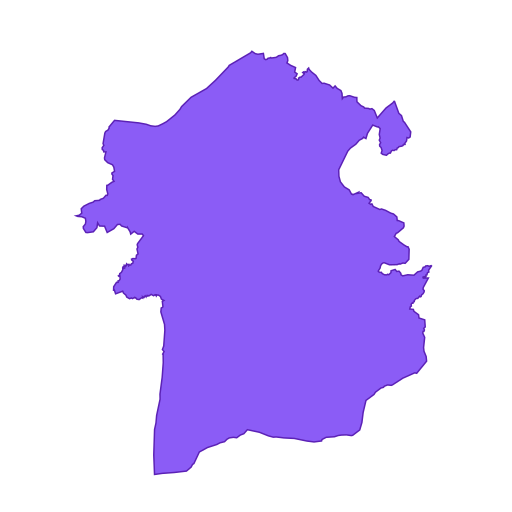 Eidsberg nor, Østfold, Norway, rotated 82°
{"feature_id": "86288312B32613923772103", "entity_name": "Eidsberg nor", "entity_type": "district", "adm_level": 2, "iso_a3": "NOR", "parent_name": "Norway", "parent_adm1": "Østfold", "projection": "mercator", "projection_center": [11.349, 59.529], "detail": "fine", "context": "isolated", "style": "filled", "palette": "violet", "viewbox_px": 512, "rotation_deg": 82, "n_neighbors": 0, "source": "geoboundaries", "source_scale": "gbopen_adm2", "svg_char_len": 6056}
<svg xmlns="http://www.w3.org/2000/svg" viewBox="0 0 512 512"><g transform="rotate(82 256 256)"><path d="M52.7,231.6L54.0,233.0L63.5,256.0L65.0,257.2L76.4,271.7L83.3,281.7L89.8,298.2L97.7,308.9L100.2,310.9L105.1,316.7L110.5,325.8L112.0,329.7L113.6,334.7L113.6,337.8L112.4,342.2L110.3,346.3L107.9,353.5L102.0,377.2L107.8,383.6L108.9,383.6L110.7,385.1L111.8,387.6L113.3,388.6L123.4,391.8L125.3,391.3L127.4,393.3L129.2,393.4L130.2,392.3L131.7,392.3L132.0,390.1L137.8,392.4L139.6,392.4L142.9,389.9L145.7,385.4L148.3,384.4L152.5,384.3L153.7,387.1L154.8,387.3L156.5,386.4L160.1,387.4L162.3,386.2L162.9,388.4L165.3,393.0L165.3,393.9L169.4,394.6L173.8,394.1L175.3,394.8L175.0,396.1L177.6,399.1L178.3,402.4L179.1,403.1L178.8,408.0L180.0,409.8L180.7,413.8L182.7,419.6L184.9,422.5L189.3,422.6L191.0,425.3L191.2,428.4L192.0,427.0L192.9,423.0L194.9,419.7L198.1,419.7L200.6,420.5L202.9,423.0L204.7,423.1L209.0,421.2L209.4,419.7L209.4,413.7L205.8,409.6L201.1,408.2L204.5,406.8L205.4,401.8L212.0,400.1L209.2,393.0L205.5,388.8L205.7,386.2L207.6,384.9L210.2,379.4L209.9,379.3L214.4,377.3L216.9,377.0L214.6,373.2L217.8,370.0L218.4,365.6L220.2,364.6L227.2,371.5L228.3,372.1L230.9,371.8L232.5,372.9L237.5,372.5L238.6,374.3L241.6,375.1L241.9,375.6L241.4,378.3L241.8,379.7L242.9,379.5L244.1,378.2L246.1,379.1L246.3,380.4L247.5,381.3L247.3,382.3L247.9,383.3L246.6,383.1L246.6,384.5L245.8,385.2L247.2,385.6L247.0,386.9L247.7,386.2L248.5,386.7L248.7,387.8L248.2,387.3L248.4,387.7L247.7,388.4L248.4,389.3L249.2,389.6L249.7,389.0L249.6,389.7L251.0,389.8L253.5,391.6L254.5,393.4L255.7,393.6L256.5,395.0L257.0,394.6L256.6,393.6L259.8,393.7L261.3,394.9L261.5,396.1L262.9,396.2L262.7,397.8L266.6,401.2L270.0,401.8L270.0,401.0L273.9,400.3L272.3,392.9L274.2,392.4L276.6,390.3L278.7,389.7L280.7,387.1L280.2,385.3L281.0,384.2L280.1,382.0L280.7,381.6L280.5,381.0L282.2,380.0L282.9,377.8L281.7,375.6L281.4,374.7L281.8,374.2L281.0,374.1L281.4,373.9L281.5,373.3L281.0,372.9L281.4,372.6L280.0,371.3L281.1,370.6L280.5,370.4L280.6,368.8L280.0,368.9L280.5,367.2L279.4,365.2L281.1,362.9L280.3,361.4L281.1,360.7L280.4,360.7L280.5,360.1L281.5,360.1L280.8,359.4L281.2,358.0L282.7,356.3L285.5,355.7L287.2,353.4L287.9,355.1L293.0,355.2L293.8,355.6L294.3,357.1L298.1,358.0L311.0,356.1L316.9,356.6L332.3,359.9L335.6,361.7L337.8,360.3L340.2,362.1L340.5,361.9L340.1,361.6L348.8,362.7L363.1,365.8L379.4,370.3L384.4,370.9L400.1,376.6L407.5,378.3L413.7,380.6L438.7,384.9L458.2,386.9L458.2,379.1L459.0,367.2L459.3,354.8L456.0,349.6L453.6,347.9L452.9,346.4L442.2,339.4L438.9,330.7L437.2,321.0L436.0,317.7L435.5,313.0L433.4,310.2L432.4,307.7L432.4,303.6L433.3,300.4L431.1,296.4L430.3,292.8L426.8,288.7L431.0,277.2L435.8,268.8L437.8,264.1L438.0,261.2L440.0,253.7L442.0,243.4L446.3,231.4L448.2,224.4L448.3,216.8L446.9,216.2L445.3,211.7L445.9,203.4L445.2,199.6L445.2,196.4L445.7,191.4L447.1,186.6L447.0,185.2L442.7,177.5L435.6,174.3L425.9,171.7L414.3,167.2L409.5,158.4L407.5,156.7L404.1,150.6L403.8,148.1L402.8,147.0L402.0,143.7L402.9,140.0L402.6,138.8L397.4,127.6L393.8,115.1L394.5,113.2L383.9,101.7L379.2,101.5L373.7,102.9L370.0,102.8L360.1,100.3L355.5,101.6L353.9,101.0L354.0,100.2L352.7,99.5L351.0,100.0L349.8,98.3L342.7,97.8L340.1,103.2L336.8,103.2L332.8,107.3L330.8,107.6L329.9,111.1L327.8,110.3L327.2,109.1L325.4,109.1L324.5,108.3L324.6,107.2L323.9,107.2L323.2,105.6L322.2,105.5L320.8,104.0L320.4,103.2L320.5,101.7L318.6,99.6L319.3,99.0L319.1,98.2L317.4,97.3L316.6,95.8L314.9,94.5L313.8,94.2L312.1,95.2L310.4,94.7L301.8,88.4L301.2,93.4L300.2,93.6L299.8,92.3L300.2,90.9L300.0,90.5L298.6,90.5L298.5,89.4L296.3,88.5L296.0,87.1L294.0,87.0L290.3,83.6L289.9,83.9L290.3,86.0L289.5,87.3L289.5,89.4L290.3,90.0L290.5,92.0L293.2,93.7L293.9,95.2L294.2,98.1L297.0,102.3L295.7,108.3L296.1,113.5L294.7,115.1L293.3,115.0L290.9,116.5L290.9,118.8L288.7,120.1L289.4,124.3L291.3,124.7L293.0,127.1L292.4,128.3L292.9,129.1L292.5,131.4L290.9,133.5L289.6,134.1L289.5,135.6L288.6,136.8L288.0,137.1L285.2,134.8L283.0,134.0L281.4,132.7L280.5,131.0L280.5,130.0L283.3,125.0L284.2,117.4L283.6,115.1L284.1,114.6L283.4,111.5L284.0,109.3L280.6,105.1L270.6,103.4L268.0,104.2L267.8,105.3L265.7,107.9L261.5,112.3L259.9,112.8L256.0,116.3L253.0,114.0L252.7,112.6L248.6,106.1L247.0,105.2L243.8,105.0L240.8,109.9L240.5,111.2L236.9,111.1L233.5,114.0L232.3,116.6L228.8,121.4L226.9,125.2L227.2,126.9L223.3,133.0L220.5,134.0L220.9,135.1L219.5,136.7L217.2,134.3L216.4,134.3L216.0,135.6L213.6,136.8L211.9,140.5L208.0,143.1L208.1,146.7L207.2,145.9L208.8,151.4L208.3,151.6L208.1,152.8L203.5,154.5L199.9,158.9L194.3,162.1L188.6,162.8L182.1,162.1L164.9,150.5L162.3,147.5L159.2,141.6L155.7,137.6L154.4,134.0L153.3,133.0L155.0,130.8L150.0,128.5L142.6,122.2L145.1,117.8L145.1,116.9L147.1,115.3L152.8,117.0L156.5,116.7L158.4,117.8L161.2,116.8L162.8,118.1L164.4,118.2L166.0,117.0L169.1,116.5L171.6,117.7L173.0,116.4L174.4,112.8L173.1,110.9L172.6,109.3L172.8,108.6L170.7,107.2L170.3,105.9L170.8,104.6L170.1,103.4L170.3,101.9L168.7,101.1L168.5,100.1L167.6,99.2L167.5,96.4L167.2,95.3L166.6,95.0L166.6,94.3L165.8,93.8L166.1,92.9L165.1,92.9L163.0,90.9L159.7,90.0L160.4,88.4L159.6,86.8L154.6,85.5L144.2,90.4L143.2,91.4L137.2,92.4L134.6,94.7L122.2,97.3L122.0,97.7L123.4,99.2L127.5,106.6L136.2,116.7L128.4,118.6L126.2,120.7L126.4,122.7L125.5,124.1L124.7,127.9L123.4,128.6L121.8,131.1L117.3,134.6L113.1,134.1L112.6,136.3L110.3,140.9L110.2,142.6L110.9,144.8L110.8,147.1L112.2,148.6L106.9,148.2L104.0,148.9L101.3,152.3L98.6,154.0L100.5,156.4L96.9,159.3L94.4,164.5L94.3,166.6L90.9,169.1L85.5,171.6L81.5,175.4L78.5,177.5L77.2,177.7L78.2,179.1L80.6,179.7L80.9,180.4L80.2,181.7L81.1,182.5L80.3,183.2L80.8,184.2L82.3,182.9L82.9,183.2L85.2,186.5L85.0,187.5L85.8,189.1L86.6,189.0L87.6,189.9L87.5,190.8L86.1,191.7L85.5,193.5L84.8,193.4L83.7,191.4L81.3,189.9L79.2,192.1L74.9,190.6L72.0,195.2L69.1,198.5L66.9,197.3L63.9,197.2L59.6,198.9L59.3,200.2L60.3,201.7L60.7,203.2L60.8,205.7L62.1,208.3L62.1,212.8L62.0,213.6L61.5,213.8L61.9,215.3L61.8,216.5L62.7,217.6L62.9,219.1L61.8,220.4L56.4,220.5L56.5,226.0L55.5,228.6L52.7,231.6Z" fill="#8b5cf6" stroke="#5b21b6" stroke-width="1.5"/></g></svg>